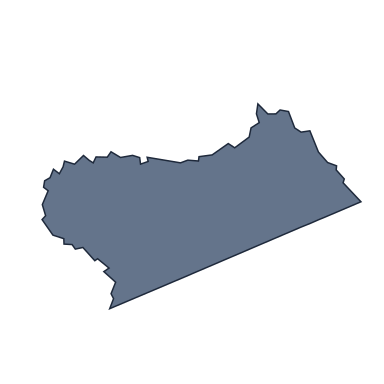 Hamilton, Florida, United States of America (Mercator projection), rotated 153°
{"feature_id": "52423323B5794774245983", "entity_name": "Hamilton", "entity_type": "district", "adm_level": 2, "iso_a3": "USA", "parent_name": "United States of America", "parent_adm1": "Florida", "projection": "mercator", "projection_center": [-82.926, 30.475], "detail": "fine", "context": "isolated", "style": "filled", "palette": "slate", "viewbox_px": 384, "rotation_deg": 153, "n_neighbors": 0, "source": "geoboundaries", "source_scale": "gbopen_adm2", "svg_char_len": 1052}
<svg xmlns="http://www.w3.org/2000/svg" viewBox="0 0 384 384"><g transform="rotate(153 192 192)"><path d="M269.2,266.8L272.1,273.8L284.0,270.1L291.6,277.4L295.5,272.9L301.9,268.5L305.1,275.2L312.0,269.2L318.2,268.9L322.1,263.6L319.6,258.4L331.1,248.7L333.2,237.3L338.1,235.5L335.5,216.7L327.4,208.6L329.7,203.7L322.7,199.6L321.9,194.1L314.4,192.1L309.8,174.9L306.4,175.4L300.5,161.9L306.7,161.1L301.0,146.3L310.3,138.1L310.3,132.6L318.3,125.4L314.1,125.1L313.9,125.1L230.5,119.2L229.8,119.2L111.7,111.3L109.3,111.1L100.2,110.3L96.8,110.1L91.6,109.8L85.6,109.3L45.9,106.6L53.2,131.6L50.4,134.5L53.5,146.2L51.3,149.7L57.8,156.7L61.2,170.2L59.2,193.0L67.6,195.8L71.4,202.4L69.5,219.9L76.3,225.1L81.8,223.5L89.0,227.1L93.3,240.6L99.1,232.4L100.6,223.3L110.3,222.3L116.1,215.0L133.9,212.0L137.7,218.7L157.2,215.9L169.7,220.3L172.2,216.7L181.3,222.3L189.0,223.2L216.2,243.3L217.2,239.1L225.2,240.2L223.0,246.4L228.3,251.6L240.0,255.2L245.9,264.6L251.7,261.5L261.6,266.8L266.8,262.8L269.2,266.8Z" fill="#64748b" stroke="#1e293b" stroke-width="1.5"/></g></svg>